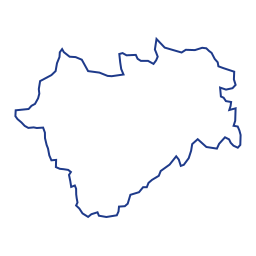 Toropi, Rio Grande do Sul, Brazil
{"feature_id": "56859067B18993584825810", "entity_name": "Toropi", "entity_type": "district", "adm_level": 2, "iso_a3": "BRA", "parent_name": "Brazil", "parent_adm1": "Rio Grande do Sul", "projection": "natural_earth1", "projection_center": [-54.3, -29.476], "detail": "fine", "context": "isolated", "style": "outline", "palette": "blue", "viewbox_px": 256, "rotation_deg": 0, "n_neighbors": 0, "source": "geoboundaries", "source_scale": "gbopen_adm2", "svg_char_len": 1660}
<svg xmlns="http://www.w3.org/2000/svg" viewBox="0 0 256 256"><path d="M15.7,110.3L15.4,116.2L17.5,119.1L21.4,122.4L24.7,125.9L28.3,127.9L33.7,127.4L36.8,128.0L43.1,127.6L44.9,132.6L45.0,138.1L46.6,144.9L48.0,148.5L49.3,155.4L51.4,160.3L56.1,159.9L55.9,167.1L59.8,168.8L63.6,169.2L68.2,169.9L70.9,172.0L69.0,174.9L70.3,181.2L71.2,186.9L74.8,185.5L76.1,188.7L76.2,194.4L76.7,198.2L77.5,202.5L76.1,205.5L79.3,208.5L82.5,213.4L88.1,216.9L91.4,214.2L97.5,212.3L98.9,215.7L106.4,217.0L116.8,215.3L118.5,211.5L119.0,206.6L124.8,206.2L127.7,203.7L130.4,194.8L139.0,192.2L143.1,187.2L146.8,187.2L148.5,182.9L152.1,179.8L158.8,175.8L160.7,171.0L169.6,164.6L176.2,156.3L178.8,159.6L180.8,165.9L183.8,164.8L188.7,158.2L191.1,150.8L192.2,144.1L197.7,139.2L206.4,147.0L216.9,148.6L219.1,143.8L225.0,137.3L229.1,139.4L230.7,142.8L233.5,145.7L237.8,147.7L240.3,144.9L240.6,135.0L239.4,130.5L237.7,126.5L233.6,125.8L235.2,120.8L235.6,108.3L229.3,110.0L230.6,105.8L231.1,102.0L225.9,101.1L223.6,97.7L220.9,96.5L220.1,87.6L226.0,89.6L232.5,88.2L235.6,84.9L233.9,79.4L234.2,71.7L223.3,68.1L218.4,66.3L217.7,62.3L214.7,58.9L211.6,52.9L209.1,51.0L206.3,48.3L202.2,47.8L194.9,50.1L185.8,49.8L181.6,52.5L177.4,51.3L164.7,47.6L156.5,39.0L154.9,49.5L156.2,52.7L157.7,56.7L156.1,60.4L153.5,63.9L148.1,60.9L140.9,60.9L137.6,58.8L135.8,54.9L126.5,55.3L122.6,53.1L119.3,54.0L120.2,62.4L121.2,69.0L123.5,74.5L111.7,76.2L107.6,75.9L99.4,72.6L88.1,71.1L81.8,59.7L75.6,57.1L69.6,56.7L63.8,52.1L62.1,49.1L59.8,52.3L59.5,57.0L57.0,63.2L55.6,71.1L51.4,75.1L40.1,81.1L38.8,89.1L39.3,93.7L38.1,98.3L35.0,103.9L31.5,105.8L28.6,109.0L15.7,110.3Z" fill="none" stroke="#1e3a8a" stroke-width="2"/></svg>